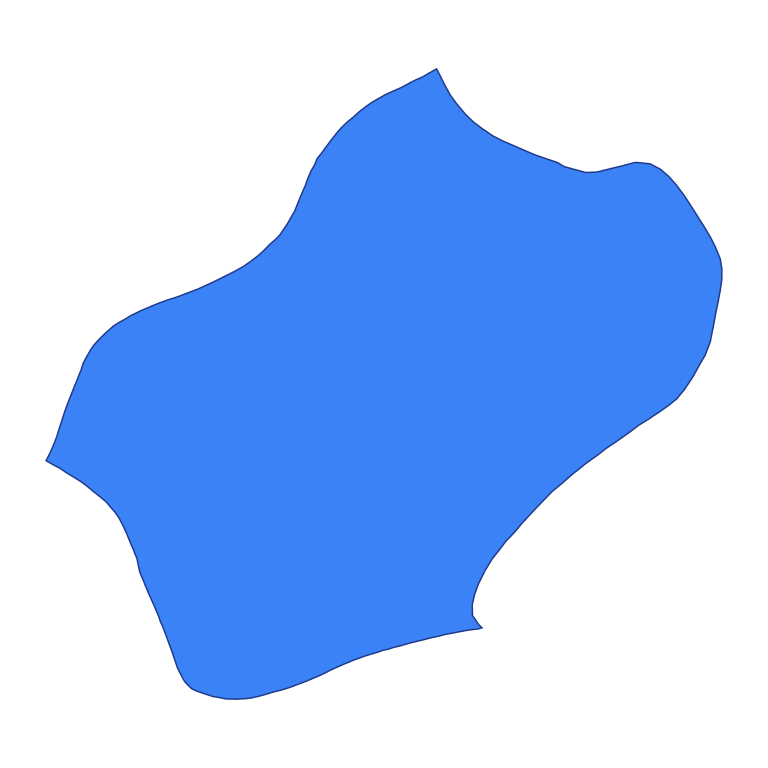 outline of Amd, Hadramawt, Yemen
{"feature_id": "15242507B45832769830873", "entity_name": "Amd", "entity_type": "district", "adm_level": 2, "iso_a3": "YEM", "parent_name": "Yemen", "parent_adm1": "Hadramawt", "projection": "albers", "projection_center": [47.902, 15.341], "detail": "fine", "context": "isolated", "style": "filled", "palette": "blue", "viewbox_px": 768, "rotation_deg": 0, "n_neighbors": 0, "source": "geoboundaries", "source_scale": "gbopen_adm2", "svg_char_len": 4246}
<svg xmlns="http://www.w3.org/2000/svg" viewBox="0 0 768 768"><path d="M436.6,68.9L434.0,70.3L428.7,73.3L422.5,77.0L418.9,78.6L416.4,79.6L410.3,82.6L405.7,85.2L400.7,87.8L392.3,91.5L384.3,95.2L379.2,98.2L377.8,98.9L372.1,102.3L369.9,103.8L366.7,106.0L364.0,108.1L360.2,110.9L358.3,112.6L353.6,116.9L350.1,119.7L347.5,121.8L345.4,123.8L341.3,127.8L336.3,133.5L334.6,135.7L331.3,139.9L327.6,144.9L326.2,146.7L322.4,152.0L319.4,155.8L317.3,158.4L314.6,164.8L311.9,169.6L310.7,171.6L309.4,174.8L307.5,179.2L305.6,184.9L303.2,190.2L302.3,192.4L300.8,195.9L298.9,200.6L298.5,201.6L296.5,206.5L295.4,209.3L294.5,211.5L291.8,216.0L287.5,223.6L285.9,226.1L284.8,227.7L279.8,234.9L275.9,239.1L269.8,244.3L269.6,244.5L263.6,250.7L258.2,255.6L256.7,256.7L251.3,260.9L243.3,266.5L240.6,268.0L234.8,271.3L225.7,275.8L220.7,278.4L218.8,279.3L215.3,281.0L209.2,283.9L205.7,285.5L203.5,286.5L197.8,289.1L193.1,290.9L192.0,291.3L185.9,293.6L179.4,296.1L175.7,297.4L172.9,298.3L169.3,299.4L166.9,300.2L160.0,302.7L153.5,305.3L147.4,307.9L141.3,310.5L135.9,313.1L130.6,315.7L125.2,319.1L120.4,321.7L119.1,322.4L117.6,323.4L113.3,326.1L109.5,329.5L107.7,331.1L105.6,332.9L103.0,335.5L98.7,339.7L94.4,344.5L93.7,345.3L91.7,348.3L90.6,349.8L86.7,356.7L85.3,359.3L83.2,363.1L81.2,369.6L79.2,374.5L76.9,380.4L76.1,382.5L74.4,386.4L74.1,387.0L73.7,388.2L70.6,396.1L69.0,400.0L68.6,401.1L67.4,404.3L66.6,406.4L66.2,407.4L64.6,412.1L62.6,418.2L61.7,421.1L60.7,424.2L58.7,430.3L58.2,431.9L57.1,435.6L55.1,441.0L53.1,445.9L50.8,451.2L48.4,456.1L47.6,457.7L46.1,460.7L54.3,465.4L59.6,468.1L67.2,473.2L75.0,477.9L81.8,482.2L85.4,484.9L87.8,486.8L93.8,491.9L94.9,492.7L100.2,496.9L106.2,501.9L111.4,508.1L115.1,512.3L118.9,517.8L122.9,525.4L127.0,534.3L128.0,536.9L128.8,538.9L129.8,541.2L131.0,544.3L132.8,548.2L133.2,549.2L135.0,553.9L136.4,557.2L136.9,558.4L137.2,559.9L137.9,563.4L139.7,571.8L140.2,573.1L143.4,580.7L144.3,582.9L145.2,585.3L148.9,594.1L152.9,602.9L155.1,607.9L158.8,616.7L160.6,622.1L162.8,626.7L164.6,631.7L166.7,637.3L167.9,640.5L169.8,645.7L170.9,648.6L172.4,652.9L173.8,657.0L177.4,667.7L180.0,672.9L181.1,675.0L184.4,681.2L185.4,682.4L188.2,685.4L191.9,688.9L197.2,691.3L200.0,692.2L204.3,693.7L208.7,695.1L212.7,696.5L220.2,697.7L224.2,698.6L225.9,698.9L230.8,699.0L234.4,699.1L237.7,699.1L240.7,698.9L243.4,698.8L250.6,698.1L258.6,696.3L260.8,695.7L266.6,694.1L273.8,691.9L281.1,690.1L288.3,687.9L293.3,686.1L298.2,684.2L306.7,681.1L307.0,680.9L315.4,677.3L320.0,675.4L324.6,673.2L329.6,670.6L333.4,668.8L334.5,668.3L339.5,666.1L344.5,663.9L349.0,662.1L354.4,659.8L359.3,658.1L363.5,656.5L366.7,655.5L372.7,653.6L377.1,652.4L378.0,652.1L383.0,650.3L383.9,650.1L388.3,649.2L391.6,648.1L393.6,647.4L399.7,646.0L406.2,644.1L409.8,643.1L412.7,642.3L418.8,640.9L424.9,639.4L431.7,637.6L438.6,636.2L443.6,634.8L445.4,634.4L451.5,633.3L456.1,632.4L456.9,632.2L462.6,631.2L465.4,630.6L466.0,630.5L468.3,630.1L474.0,629.4L476.5,629.1L479.3,628.7L482.0,627.8L478.8,624.7L473.8,617.4L472.5,615.5L472.3,607.4L472.2,604.8L473.3,600.0L474.7,594.1L478.6,583.5L483.8,573.1L485.2,570.2L486.4,568.4L492.2,558.9L495.2,555.1L498.8,550.6L505.7,541.5L510.7,536.3L515.0,531.7L517.6,528.6L521.9,523.4L529.6,515.1L532.5,512.0L536.9,507.2L544.2,499.7L552.3,491.4L562.3,483.1L573.0,473.7L578.4,469.5L585.7,463.6L592.8,458.5L597.2,455.4L600.9,452.5L606.4,448.2L613.2,443.7L618.6,440.0L630.1,431.8L638.5,425.4L649.3,418.7L652.3,416.6L658.8,412.3L663.4,409.1L668.4,405.6L672.6,402.2L676.8,398.8L683.3,390.9L684.6,389.4L685.9,387.3L693.1,376.5L698.2,367.3L698.9,365.9L705.1,355.3L710.3,341.7L712.1,332.4L713.1,327.6L714.2,321.7L715.6,313.9L718.0,302.5L720.1,291.1L721.7,280.4L721.8,278.4L721.9,269.3L721.3,265.5L720.2,258.7L715.4,247.1L710.6,237.5L709.4,235.5L704.0,226.4L696.6,214.8L690.3,204.8L687.7,200.9L684.0,195.2L682.0,192.6L676.5,185.2L672.4,180.5L669.1,176.7L660.5,169.3L652.9,165.3L650.3,163.9L640.5,162.8L639.0,162.6L634.7,162.5L622.4,165.8L596.5,172.1L585.6,172.5L564.2,166.6L557.6,162.6L545.8,158.6L534.5,154.7L525.5,150.8L523.6,150.0L512.6,145.2L502.5,140.9L492.7,135.8L483.5,129.5L482.9,129.2L481.2,127.9L473.2,121.8L465.3,114.1L456.8,104.0L450.1,94.8L447.6,90.2L444.9,85.2L441.6,78.7L440.1,75.6L436.6,68.9Z" fill="#3b82f6" stroke="#1e3a8a" stroke-width="1.5"/></svg>